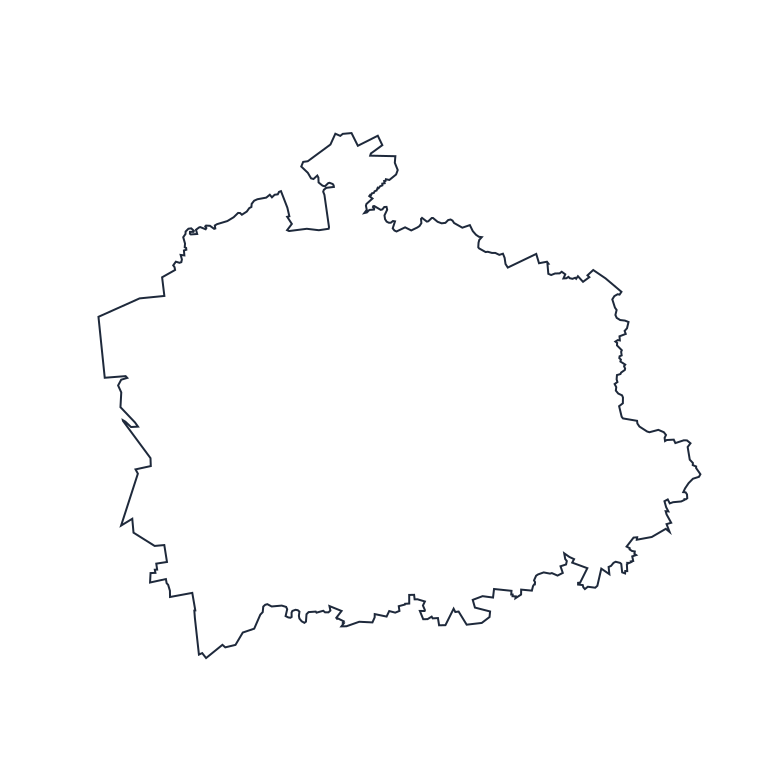 the district of Jalapa, Tabasco, Mexico, rotated 77°
{"feature_id": "50627088B66696645260750", "entity_name": "Jalapa", "entity_type": "district", "adm_level": 2, "iso_a3": "MEX", "parent_name": "Mexico", "parent_adm1": "Tabasco", "projection": "albers", "projection_center": [-92.803, 17.771], "detail": "fine", "context": "isolated", "style": "outline", "palette": "slate", "viewbox_px": 768, "rotation_deg": 77, "n_neighbors": 0, "source": "geoboundaries", "source_scale": "gbopen_adm2", "svg_char_len": 6160}
<svg xmlns="http://www.w3.org/2000/svg" viewBox="0 0 768 768"><g transform="rotate(77 384 384)"><path d="M202.5,546.3L205.9,547.4L206.9,546.2L208.7,546.4L208.9,548.9L213.8,549.6L212.5,553.1L217.2,552.9L219.7,554.1L219.9,556.0L218.0,559.3L221.0,562.7L223.0,561.8L225.9,561.9L230.1,576.2L248.8,578.2L245.6,602.9L254.3,647.1L315.1,654.7L318.2,634.0L320.3,632.8L320.7,639.1L325.6,643.4L333.1,641.9L347.3,646.0L365.4,635.3L370.2,633.3L369.0,640.2L362.5,644.5L360.5,646.6L361.3,646.6L403.7,628.2L411.5,629.7L411.3,645.3L416.0,644.0L462.8,672.0L458.7,659.6L472.5,661.5L490.2,643.9L491.5,634.3L508.6,635.5L507.8,646.3L513.8,646.8L513.4,649.1L516.6,649.2L515.7,654.0L524.8,656.6L525.0,640.4L529.2,640.6L531.1,639.5L537.3,639.1L543.4,640.4L544.4,617.8L562.2,618.8L562.1,619.8L569.4,620.9L606.0,625.2L605.3,621.7L611.0,619.0L601.8,600.1L604.9,597.9L604.8,587.4L594.4,577.5L593.2,565.5L580.9,556.4L579.0,553.5L573.7,551.7L572.4,549.4L572.3,547.2L575.5,543.5L576.9,533.5L579.2,529.5L581.7,529.0L588.0,532.1L589.9,529.8L590.7,527.8L590.2,526.4L586.0,525.5L584.5,524.3L584.1,521.0L585.0,518.9L586.8,517.6L590.8,519.1L593.5,519.2L596.7,517.6L598.8,515.3L598.0,513.5L590.9,511.3L589.3,508.8L590.4,501.7L591.6,501.2L591.3,494.2L593.2,492.8L594.0,489.5L592.7,487.2L588.1,487.1L595.6,476.4L601.1,483.1L602.3,482.5L602.1,481.6L606.2,476.6L607.4,477.8L608.0,476.9L610.6,480.0L611.6,475.1L610.1,461.6L613.7,448.9L609.3,445.6L606.1,444.8L611.2,433.8L606.4,430.0L609.3,424.5L608.6,420.0L603.8,419.6L603.6,413.3L602.9,412.9L603.6,408.8L595.2,406.9L596.2,402.1L600.7,402.6L601.3,399.8L605.1,393.1L608.6,395.9L613.5,395.0L614.3,395.5L613.2,400.1L622.0,398.7L622.9,394.5L621.4,389.9L623.3,389.3L624.2,384.1L631.5,384.6L632.8,378.4L618.6,366.7L622.2,365.8L622.5,362.5L637.1,357.6L638.8,342.5L634.8,333.6L629.5,331.8L622.3,345.7L614.3,346.1L612.9,335.7L616.6,325.8L608.5,322.9L614.2,306.3L617.7,307.4L618.1,306.0L619.7,306.5L620.6,303.4L622.3,304.1L620.0,297.8L615.2,296.6L618.6,286.4L614.5,284.3L613.1,282.9L613.2,282.1L611.0,281.4L609.1,282.0L605.0,278.9L604.2,276.8L603.5,270.8L606.1,264.9L606.0,263.0L609.7,258.0L608.3,252.3L601.3,253.0L600.8,247.2L597.6,245.7L595.3,246.8L589.5,246.5L594.3,242.2L597.4,238.2L600.4,240.8L609.2,227.3L621.7,237.6L621.4,239.6L623.1,240.0L624.6,235.6L627.0,235.5L629.0,234.4L627.4,231.0L630.0,224.0L628.6,221.5L612.8,213.8L620.0,207.2L612.8,206.3L612.3,203.7L609.9,200.6L609.3,198.3L611.4,194.2L612.7,193.3L621.1,194.3L622.8,191.7L620.5,191.0L621.0,189.1L614.2,187.9L613.7,186.4L613.1,186.7L613.5,185.0L613.1,183.0L612.4,183.2L612.5,181.0L607.8,180.9L607.4,176.8L605.8,178.2L603.6,177.3L602.5,179.9L600.4,181.9L599.3,181.5L597.0,184.2L589.8,175.4L590.3,171.8L592.6,172.7L593.3,157.5L588.5,142.0L592.4,139.0L584.1,140.2L583.8,135.4L574.7,138.0L571.3,138.2L572.1,135.6L567.5,136.8L561.3,137.1L560.3,133.5L564.6,132.4L564.2,128.9L565.3,120.9L564.6,117.6L563.8,117.2L564.3,116.0L563.5,114.2L559.7,113.6L557.4,114.5L556.7,116.7L553.4,114.1L549.1,109.5L545.8,104.3L545.3,98.0L543.1,96.0L536.1,98.8L534.6,98.4L532.5,101.4L530.4,100.8L526.5,103.1L513.7,102.3L510.7,98.7L507.1,101.5L506.3,104.5L507.1,113.4L503.4,114.2L502.2,121.1L502.8,123.0L499.6,122.7L497.1,120.7L493.9,122.2L490.4,127.0L490.7,136.2L489.5,138.3L482.9,144.7L479.5,146.0L476.8,145.7L471.3,158.9L469.4,159.8L458.5,159.9L456.5,155.6L450.9,154.2L448.6,154.6L446.0,157.9L442.6,159.6L439.3,158.4L435.9,159.3L434.6,156.1L431.8,156.3L427.7,155.0L427.5,151.4L426.2,150.4L424.5,146.2L423.2,145.6L420.6,146.1L419.4,144.6L415.3,148.6L413.5,147.7L411.7,148.9L410.0,148.2L409.6,146.0L406.0,145.7L404.6,144.7L398.8,148.3L396.4,147.6L394.7,149.0L393.8,146.4L394.6,144.4L390.5,143.8L389.6,137.2L386.4,137.6L384.4,134.7L378.6,131.8L376.4,135.0L374.8,139.5L371.9,142.4L368.8,143.0L364.2,140.7L361.5,141.8L352.9,142.5L350.2,139.8L349.1,136.2L349.9,134.4L347.6,131.9L330.9,144.4L320.0,154.5L323.9,161.3L326.1,159.9L329.2,167.1L322.6,170.8L324.7,173.1L323.5,173.8L323.9,176.7L322.7,179.2L321.1,180.2L322.0,182.5L321.5,185.4L317.9,182.7L314.6,185.6L315.7,188.0L314.8,192.5L315.4,196.6L313.6,199.1L303.7,197.7L303.8,196.7L301.5,197.7L301.2,205.8L291.5,206.4L298.4,237.2L294.4,238.6L288.2,238.1L283.8,238.8L284.1,242.6L281.3,246.1L280.6,249.3L278.5,253.1L278.3,255.3L273.2,260.9L272.0,261.4L267.6,260.1L265.1,258.8L262.9,255.7L261.9,258.4L259.3,260.8L255.0,263.1L248.5,264.6L249.3,272.5L242.9,279.5L240.2,280.5L238.7,282.1L238.7,284.6L240.8,287.9L240.4,291.7L238.0,295.3L233.3,298.9L233.0,300.1L235.4,304.2L235.4,305.7L230.7,309.6L231.5,310.8L235.7,311.4L238.1,313.9L239.0,316.3L240.5,322.9L236.1,328.2L238.2,337.5L236.8,339.3L234.3,340.5L228.0,336.7L227.2,338.6L228.4,341.1L227.9,343.1L226.4,344.9L223.6,345.9L219.8,345.6L214.9,341.7L212.0,341.7L211.6,343.9L213.5,346.3L213.6,348.0L208.4,353.5L208.3,354.4L209.1,355.0L211.0,354.1L211.8,354.5L211.1,359.1L213.0,362.1L213.0,364.7L210.4,361.6L206.2,361.5L204.6,360.6L200.7,353.5L197.6,356.1L196.5,354.8L197.0,354.1L195.5,352.9L195.5,350.9L194.1,349.8L193.8,347.7L191.4,346.0L192.1,345.3L190.5,343.4L190.1,340.9L188.4,340.6L188.5,338.2L186.3,338.2L186.5,336.9L184.9,336.1L186.4,332.9L182.6,325.1L178.6,322.5L170.9,323.7L164.6,321.7L158.4,346.1L156.4,344.9L150.9,331.9L140.7,334.2L146.0,355.9L132.2,359.2L131.0,367.9L132.4,370.8L129.2,375.1L138.6,382.3L149.8,408.2L149.4,412.8L153.5,415.7L161.1,410.7L167.2,408.8L168.4,406.6L165.9,402.1L168.1,401.5L172.9,402.4L176.9,399.3L178.1,397.1L175.7,393.1L175.7,391.8L177.6,389.0L179.1,388.4L180.7,388.5L179.9,396.0L181.2,398.9L183.0,400.0L186.2,399.5L218.8,402.3L220.3,403.0L219.5,412.9L215.4,424.3L213.6,442.1L212.3,443.8L207.3,437.8L199.3,440.7L199.3,438.5L190.5,438.5L172.9,441.0L173.2,443.1L175.3,444.8L175.0,448.0L176.9,451.2L173.9,452.7L175.9,456.8L175.5,465.8L176.2,469.3L178.7,472.4L181.7,473.4L182.3,475.7L185.1,478.9L187.1,484.4L185.0,485.8L184.5,487.7L187.7,493.0L190.0,500.0L190.7,510.7L191.5,513.2L194.5,513.4L194.6,514.6L190.7,518.0L189.6,521.8L190.2,522.7L192.1,522.0L193.1,523.0L189.8,527.7L189.8,528.8L191.4,532.5L195.8,532.3L194.8,538.6L193.9,539.3L192.1,538.8L192.9,535.4L192.0,534.8L189.0,536.8L188.7,539.6L190.8,543.0L193.2,543.7L195.8,546.6L202.5,546.3Z" fill="none" stroke="#1e293b" stroke-width="2"/></g></svg>